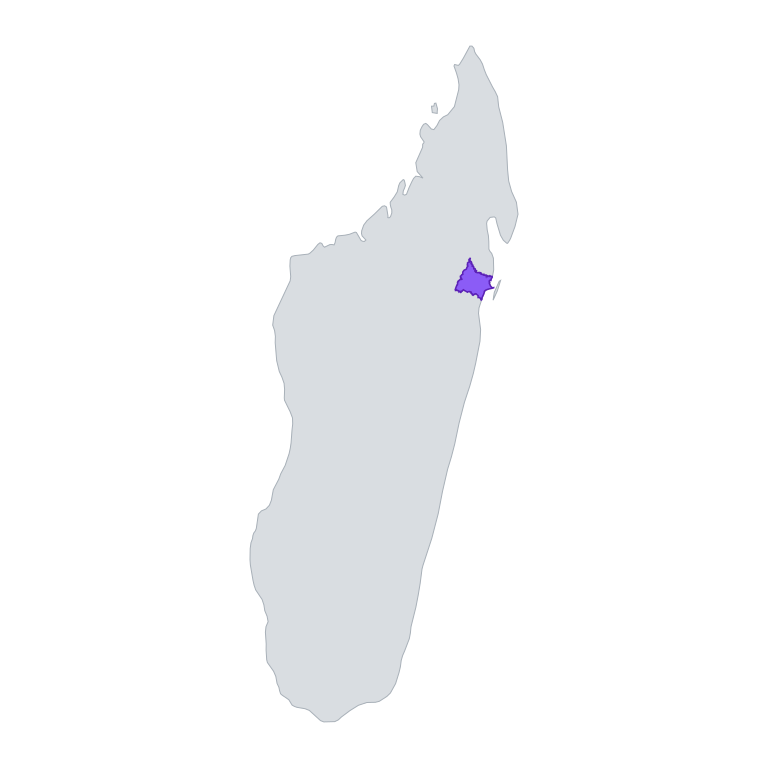 location of Soanierana Ivongo, Analanjirofo, Madagascar
{"feature_id": "10022922B56427545477040", "entity_name": "Soanierana Ivongo", "entity_type": "district", "adm_level": 2, "iso_a3": "MDG", "parent_name": "Madagascar", "parent_adm1": "Analanjirofo", "projection": "equal_earth", "projection_center": [49.223, -16.67], "detail": "fine", "context": "in_parent", "style": "filled", "palette": "violet", "viewbox_px": 768, "rotation_deg": 0, "n_neighbors": 0, "source": "geoboundaries", "source_scale": "gbopen_adm2", "svg_char_len": 8418}
<svg xmlns="http://www.w3.org/2000/svg" viewBox="0 0 768 768"><path d="M482.5,64.1L484.2,69.4L486.2,74.5L492.5,86.9L495.2,91.6L497.6,96.7L498.7,106.8L502.7,122.4L506.4,145.9L507.6,170.0L508.7,181.1L511.6,191.5L516.4,202.2L518.0,214.2L515.0,226.5L510.7,238.1L509.6,240.3L507.6,243.3L506.7,243.2L503.3,240.2L500.5,235.3L497.0,223.7L495.7,217.9L494.3,216.9L490.1,217.4L487.1,221.1L486.6,223.4L487.2,229.9L488.4,235.8L488.8,241.7L488.9,249.2L490.0,251.4L491.7,253.4L493.4,258.2L493.7,269.9L492.6,275.8L489.7,280.8L489.9,283.6L490.9,286.5L489.9,288.2L486.0,290.4L484.5,292.3L482.4,297.5L479.0,307.9L478.5,313.3L480.6,329.6L480.0,341.1L475.7,363.1L473.3,373.5L469.8,386.0L464.4,402.4L459.1,423.0L454.7,444.1L451.4,456.8L447.6,469.3L442.5,491.4L438.2,513.7L431.8,538.3L422.9,565.6L422.0,569.1L420.2,583.1L418.2,595.1L415.9,607.1L411.0,626.8L410.4,632.9L409.3,638.7L404.6,651.0L402.6,655.6L401.2,660.5L400.4,666.7L399.0,672.6L395.6,683.6L390.4,693.0L386.9,696.4L379.3,701.3L375.4,702.3L366.8,702.5L358.4,705.3L349.8,710.7L341.5,716.9L338.3,719.9L334.8,721.6L323.8,721.9L320.5,720.6L309.3,710.4L305.0,708.7L296.9,707.3L294.4,706.4L292.1,705.1L288.8,699.7L282.2,695.2L280.6,693.8L279.6,690.7L278.9,687.3L277.1,683.5L275.8,676.4L273.6,671.3L267.4,662.5L266.7,659.7L266.1,650.2L266.2,643.9L265.4,632.2L266.0,626.7L268.1,621.7L267.1,616.3L264.8,610.7L263.9,604.9L262.1,599.5L255.7,589.9L254.1,585.2L253.0,580.3L250.4,565.1L250.0,559.7L250.2,548.5L251.0,542.7L252.5,538.7L252.9,535.6L253.8,533.0L255.3,531.0L256.3,528.5L258.4,514.1L261.4,510.9L265.9,509.0L269.4,505.3L271.4,500.2L273.3,489.7L278.8,479.2L280.8,473.7L285.2,465.4L289.1,453.7L290.3,448.2L291.1,442.6L292.0,430.2L292.7,424.0L292.5,417.9L290.1,411.6L284.5,400.2L284.3,398.0L284.6,389.5L284.1,383.4L282.0,377.3L279.3,371.5L276.7,360.7L275.2,342.8L275.4,336.3L274.6,330.6L272.7,325.1L273.9,315.6L290.2,280.8L290.7,276.7L289.9,266.1L290.2,259.9L290.8,257.6L292.0,256.3L294.9,255.6L308.3,254.1L310.0,253.1L313.3,250.1L317.9,244.4L320.0,242.8L321.8,243.4L323.0,245.8L324.5,247.2L329.9,244.6L332.0,244.5L334.1,244.9L335.1,242.6L335.7,239.4L336.5,237.2L337.9,235.9L344.9,235.2L349.4,234.3L355.1,232.1L356.4,232.5L361.1,240.5L362.5,241.2L364.3,241.5L365.9,240.0L362.1,235.9L361.5,233.5L361.7,230.8L363.7,225.1L367.0,220.7L374.5,214.0L382.3,206.3L384.6,205.8L386.5,207.0L388.0,216.1L387.8,217.6L389.1,217.8L390.5,216.7L391.8,213.0L391.8,209.9L390.8,207.0L390.3,204.5L390.2,202.3L394.2,196.9L397.3,191.8L398.7,185.6L399.9,182.8L403.2,179.6L404.2,180.1L404.9,182.7L405.4,185.5L404.5,188.2L403.3,190.9L402.9,194.4L404.7,195.1L406.5,194.3L409.0,187.8L411.9,181.6L413.6,178.4L415.8,176.2L419.5,176.7L423.0,178.1L417.2,171.6L415.8,162.7L422.6,147.3L422.7,144.1L423.7,143.1L424.1,141.9L420.6,136.7L419.9,134.1L420.3,130.2L422.0,126.7L423.6,124.3L425.8,123.4L427.5,124.7L431.3,129.0L433.9,129.6L437.0,125.5L439.6,120.4L443.4,116.9L447.8,114.7L454.4,106.6L458.7,89.7L459.0,84.8L458.1,78.8L456.5,73.1L454.0,66.0L454.6,64.5L458.3,65.4L459.5,64.4L463.4,58.1L469.9,46.1L472.0,46.1L473.9,48.3L474.6,51.6L475.9,54.1L480.2,59.8L482.5,64.1ZM437.2,111.5L437.2,113.4L432.3,112.6L431.5,106.2L433.9,106.1L434.4,103.4L435.9,103.1L437.5,108.8L437.2,111.5ZM497.3,290.9L493.1,300.2L494.3,292.4L499.2,281.3L500.6,280.4L497.3,290.9Z" fill="#d9dde1" stroke="#a8b0b8" stroke-width="1"/><path d="M470.1,258.3L470.0,258.5L469.6,259.1L469.3,259.1L469.1,259.4L469.1,259.6L468.8,260.0L469.1,260.4L469.2,260.8L469.4,261.6L469.2,262.1L468.9,261.9L468.5,262.1L468.3,262.3L468.2,262.3L468.0,262.6L467.6,262.9L467.7,263.1L467.5,263.8L467.5,264.0L467.3,264.2L467.3,264.3L467.6,264.5L467.4,265.0L467.4,265.5L467.9,265.9L467.7,266.6L467.3,266.9L467.2,266.9L467.1,267.0L467.0,267.3L466.8,267.6L466.6,268.5L466.5,268.9L466.0,269.3L465.9,269.3L465.7,269.5L465.2,269.7L464.6,269.9L464.2,270.1L464.0,270.5L463.7,270.7L463.6,270.8L463.1,271.6L462.8,271.9L462.7,273.1L462.8,274.0L462.8,274.4L462.6,274.5L462.4,274.4L461.9,274.6L461.6,274.9L461.4,275.4L461.1,275.8L460.6,276.0L460.7,276.3L460.6,276.6L460.6,277.0L460.4,277.0L460.5,277.4L460.9,277.6L460.8,277.8L460.9,278.1L461.1,278.3L461.2,278.5L461.3,278.6L461.6,278.6L461.8,279.1L461.6,279.1L461.5,279.3L461.2,279.1L461.2,278.9L460.6,279.2L460.3,279.6L460.2,279.6L460.1,279.4L459.7,279.9L459.5,280.0L459.4,280.2L459.2,280.2L458.9,280.6L458.5,280.8L458.5,281.2L458.4,281.5L458.0,281.5L457.9,281.5L457.8,282.0L457.6,282.1L457.5,282.3L457.6,282.9L457.5,283.1L457.6,283.4L457.6,284.1L457.4,284.8L457.3,285.0L456.8,285.1L456.8,285.4L456.6,285.7L456.4,286.5L456.1,286.9L456.1,287.2L455.8,287.9L455.6,288.2L455.6,288.5L455.5,288.9L455.2,289.7L455.3,289.8L455.6,289.6L455.8,289.6L455.7,289.8L455.5,290.3L455.5,290.5L455.9,290.5L456.2,290.5L456.5,290.3L456.8,290.2L457.2,290.4L457.4,290.3L457.5,290.4L457.8,290.6L458.2,290.8L458.3,291.1L458.6,291.2L458.8,290.9L459.0,291.1L459.0,291.5L459.1,291.4L459.3,291.7L459.5,291.8L459.7,291.6L459.8,291.7L460.0,291.6L460.1,291.9L460.2,292.0L460.3,291.9L460.5,292.2L460.5,292.4L460.6,292.5L461.0,292.4L460.9,291.9L461.1,291.6L461.2,291.2L461.4,291.2L461.5,291.1L461.8,291.0L462.2,291.2L462.3,291.1L462.4,290.9L462.9,290.3L463.1,289.9L463.5,289.7L463.8,290.0L464.3,290.4L464.5,290.6L465.6,291.0L466.2,291.5L467.5,292.2L467.8,291.8L468.0,291.7L468.6,291.7L469.2,291.5L469.3,291.5L469.5,291.7L469.9,291.7L470.0,292.0L470.3,292.0L470.5,292.1L470.8,292.0L470.8,292.4L471.0,292.7L471.1,292.8L471.1,293.0L471.3,292.9L471.4,293.2L471.7,293.3L471.8,293.4L471.8,293.7L471.9,294.0L472.2,294.2L472.5,294.2L472.5,294.5L472.3,294.8L472.8,295.2L473.1,294.9L473.2,295.0L473.3,294.8L473.5,294.9L473.7,294.6L474.0,294.5L474.3,294.2L474.4,294.3L474.7,294.4L475.2,293.9L475.3,294.0L475.6,293.8L475.8,293.8L476.0,293.8L476.0,294.1L476.8,294.4L477.5,295.2L478.1,295.5L478.1,295.9L478.0,296.7L478.2,297.0L478.1,297.5L478.6,297.5L478.9,297.6L479.1,297.5L479.3,297.7L479.5,297.7L479.6,297.9L480.2,298.1L480.8,298.4L480.7,298.8L480.7,299.1L481.1,299.2L481.0,299.3L481.1,299.9L481.2,300.1L481.4,300.0L481.7,299.7L481.9,299.4L481.7,299.1L482.1,298.3L482.1,297.4L482.6,296.6L482.7,296.2L483.0,295.7L483.1,295.3L483.4,294.9L483.7,294.1L483.9,293.4L484.1,292.9L484.2,292.6L484.3,292.2L484.3,291.5L484.4,291.2L484.6,291.0L485.2,290.5L486.0,290.0L487.2,289.5L489.2,288.9L492.1,288.3L493.7,287.8L493.7,287.6L493.2,287.8L492.8,287.7L492.5,287.6L492.2,287.6L491.9,287.5L491.7,287.3L490.4,285.9L490.4,285.7L489.6,284.1L489.3,283.3L489.5,282.9L489.4,282.9L489.3,282.7L489.4,282.2L489.2,281.5L489.3,280.8L489.4,280.6L489.7,280.5L489.8,280.3L489.9,280.2L490.3,280.2L490.5,280.4L490.4,280.6L490.2,280.8L490.6,280.6L490.9,280.6L491.0,280.2L490.8,280.2L491.1,279.7L491.1,279.0L491.2,278.8L491.5,278.6L491.8,277.9L492.2,277.4L492.1,277.2L492.2,276.9L492.2,276.5L491.8,276.5L490.7,276.1L490.5,276.3L490.4,276.6L490.2,276.6L490.1,275.9L489.9,275.7L489.6,276.0L489.4,276.3L489.0,276.4L488.8,276.0L488.5,276.1L488.2,276.0L487.9,276.1L487.6,275.9L487.4,276.2L487.4,275.9L487.2,275.8L487.0,275.5L487.1,275.3L486.9,275.5L486.8,275.4L486.5,275.5L486.4,275.3L486.2,275.2L486.1,275.5L486.0,275.0L485.8,275.0L485.3,275.1L485.1,275.3L484.4,275.3L484.2,275.2L484.1,274.7L483.9,274.9L483.7,275.0L483.6,274.7L483.2,274.7L483.1,274.3L482.7,274.5L482.4,274.5L482.1,274.2L481.9,274.3L481.6,274.3L481.5,274.0L481.2,273.4L480.9,273.6L480.9,273.1L480.7,272.9L480.7,272.7L480.1,272.6L480.3,273.0L480.0,273.2L479.7,272.7L479.3,272.9L478.9,272.8L478.3,272.5L477.9,272.7L477.3,272.7L475.9,272.3L476.1,272.0L476.3,271.7L476.3,270.9L476.5,270.8L476.3,270.6L476.1,270.6L475.5,270.9L475.1,271.2L474.8,271.1L474.8,270.7L475.0,270.4L475.3,270.1L475.4,269.8L475.4,269.6L475.3,269.1L475.1,268.9L475.0,269.0L474.9,269.2L474.9,268.8L474.9,268.6L474.5,268.5L474.5,268.8L474.3,268.7L474.1,268.8L474.1,268.7L474.0,268.4L473.9,268.3L473.7,268.3L473.7,267.7L473.7,267.4L473.8,267.3L473.8,267.2L473.7,267.2L473.3,266.8L473.3,266.7L473.1,266.6L473.1,266.3L472.8,266.2L473.0,266.1L472.9,266.0L472.7,266.1L472.4,265.5L472.5,265.4L472.4,265.4L472.4,265.2L472.5,265.1L472.4,265.0L472.2,265.1L472.0,264.8L472.1,264.2L471.7,264.2L471.4,263.9L471.5,263.7L471.6,263.8L471.6,263.5L471.4,263.4L471.2,263.4L471.3,263.2L471.1,263.4L471.4,262.7L471.5,262.5L471.2,262.4L471.2,262.1L470.8,261.8L470.8,261.6L471.0,261.5L470.9,261.4L470.6,261.4L470.6,261.2L470.4,261.1L470.2,261.2L470.1,260.7L469.9,260.5L469.9,260.2L469.7,259.7L469.8,259.4L470.2,259.1L470.3,259.0L470.3,258.4L470.1,258.3Z" fill="#8b5cf6" stroke="#5b21b6" stroke-width="1.5"/></svg>